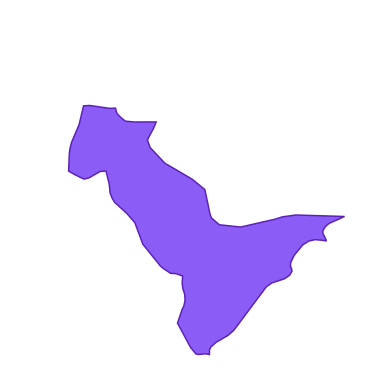 SVG path tracing the border of Madriz, rotated 230°
{"feature_id": "NIC-665", "entity_name": "Madriz", "entity_type": "Department", "adm_level": 1, "iso_a3": "NIC", "parent_name": "Nicaragua", "parent_adm1": "", "projection": "robinson", "projection_center": [-86.499, 13.43], "detail": "fine", "context": "isolated", "style": "filled", "palette": "violet", "viewbox_px": 384, "rotation_deg": 230, "n_neighbors": 0, "source": "natural_earth", "source_scale": "10m", "svg_char_len": 1209}
<svg xmlns="http://www.w3.org/2000/svg" viewBox="0 0 384 384"><g transform="rotate(230 192 192)"><path d="M68.4,263.2L71.1,261.0L76.4,255.6L79.4,249.8L80.3,243.0L78.0,230.5L77.1,227.8L74.4,222.2L71.9,219.7L69.2,219.0L67.0,217.6L65.5,213.3L66.1,207.0L71.0,194.8L71.6,188.0L59.2,135.2L59.0,127.7L61.4,113.6L61.1,106.6L59.7,103.8L56.3,100.9L59.5,98.2L62.5,93.8L63.6,92.3L65.4,90.9L73.9,91.0L100.9,96.6L108.5,109.2L110.2,112.9L113.6,117.1L117.9,120.4L124.4,123.2L128.8,126.1L133.6,130.8L139.6,127.4L143.5,123.3L152.2,120.8L156.0,120.2L183.7,120.8L205.2,128.5L217.6,128.3L233.5,126.1L238.1,126.7L244.0,128.7L251.5,133.8L263.3,139.6L266.8,134.8L269.0,122.3L270.3,119.5L271.4,117.5L279.8,113.7L287.3,110.9L300.7,123.1L303.8,126.6L307.5,131.7L316.1,148.7L327.7,164.3L324.0,169.3L309.1,182.6L305.4,187.3L300.6,185.0L295.2,185.3L289.1,186.5L282.8,192.7L268.7,209.6L265.6,203.7L261.7,194.0L260.2,191.1L252.9,188.5L231.5,189.7L201.9,200.3L185.6,203.4L169.1,194.6L163.5,191.6L159.5,190.2L149.3,191.9L133.9,206.7L118.0,237.7L114.8,245.4L107.6,256.8L75.2,293.1L78.7,280.6L79.1,279.5L79.7,277.2L79.9,274.5L79.5,271.2L78.3,267.5L76.1,265.6L68.8,263.9L68.4,263.2Z" fill="#8b5cf6" stroke="#5b21b6" stroke-width="1.5"/></g></svg>